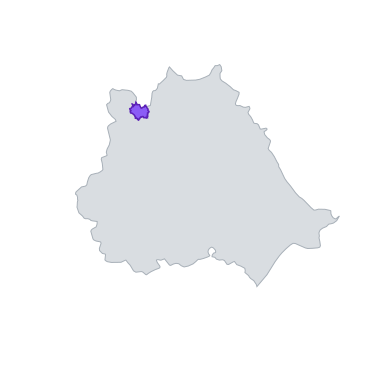 Krasnapolle, Mogilev, Belarus shown in context, rotated 225°
{"feature_id": "67162791B52564132020414", "entity_name": "Krasnapolle", "entity_type": "district", "adm_level": 2, "iso_a3": "BLR", "parent_name": "Belarus", "parent_adm1": "Mogilev", "projection": "orthographic", "projection_center": [31.401, 53.272], "detail": "fine", "context": "in_parent", "style": "filled", "palette": "violet", "viewbox_px": 384, "rotation_deg": 225, "n_neighbors": 0, "source": "geoboundaries", "source_scale": "gbopen_adm2", "svg_char_len": 6646}
<svg xmlns="http://www.w3.org/2000/svg" viewBox="0 0 384 384"><g transform="rotate(225 192 192)"><path d="M296.4,264.5L291.2,264.2L284.9,264.4L281.4,266.8L277.6,265.6L274.9,267.0L268.6,273.7L266.2,277.2L263.8,282.8L262.4,286.9L263.1,289.8L264.2,292.5L264.5,295.4L265.0,297.7L263.4,299.3L262.5,301.7L259.9,301.2L256.7,298.9L256.0,295.6L253.6,293.3L252.0,292.0L249.3,291.8L245.0,292.8L239.3,293.5L235.0,293.6L232.7,294.7L229.2,295.8L227.9,294.4L226.2,290.6L224.7,286.8L223.7,285.1L222.8,284.6L221.6,284.7L220.3,285.8L219.3,287.0L215.7,288.3L214.1,289.6L212.2,292.9L211.1,292.6L209.9,291.8L208.7,287.9L206.9,287.0L203.9,286.8L200.3,285.8L197.3,284.5L196.2,284.8L194.4,286.3L192.5,286.5L188.3,284.8L187.5,285.4L184.8,289.5L183.7,289.7L183.1,289.1L183.6,285.5L181.2,284.0L177.1,283.6L174.2,284.0L172.8,283.7L172.1,283.0L168.9,276.6L167.1,276.1L163.7,276.2L158.8,275.2L153.2,273.4L150.2,272.7L148.6,271.2L145.2,270.4L136.0,267.1L132.2,266.4L126.6,265.9L118.1,264.6L112.6,264.4L109.9,265.1L107.0,265.3L96.7,265.1L93.0,265.4L91.9,266.6L90.4,269.3L85.7,273.8L81.3,276.6L80.5,276.8L78.3,274.8L76.4,274.0L74.1,273.6L72.4,274.0L71.2,274.7L71.0,278.5L70.7,278.8L69.4,274.1L70.0,270.1L71.2,267.9L72.6,265.9L72.5,262.7L74.1,258.7L74.5,255.8L74.1,254.4L73.3,252.8L70.8,250.9L69.8,249.4L66.5,247.3L63.2,244.8L62.7,243.4L63.0,242.5L63.8,241.2L66.9,237.5L70.2,233.9L72.3,232.6L82.6,228.6L84.3,227.1L85.0,224.1L85.4,218.2L85.4,212.6L85.1,208.8L84.0,201.6L80.5,186.5L79.2,171.0L81.1,172.1L85.6,173.0L89.3,172.3L91.2,172.4L92.8,172.9L97.7,172.5L98.7,174.0L100.7,175.4L105.1,174.1L109.0,172.3L112.8,172.9L113.4,171.9L114.9,166.6L116.1,165.6L120.7,166.5L122.5,165.7L124.5,163.2L127.3,161.8L129.6,162.0L132.1,160.4L133.1,161.7L133.5,164.0L132.6,165.7L132.8,166.4L134.4,167.4L137.2,167.6L139.0,167.0L139.5,166.0L139.7,164.2L139.4,162.5L138.3,160.9L136.2,159.9L134.6,159.8L134.4,158.8L135.1,156.9L136.8,153.3L138.7,150.0L139.9,148.9L140.1,147.7L140.1,145.7L140.4,142.0L142.3,137.0L144.6,133.4L147.4,132.3L150.7,131.9L152.9,130.2L154.1,128.2L155.2,125.0L156.3,124.4L164.2,125.3L165.6,122.1L166.3,121.3L167.9,120.4L169.0,119.3L168.7,118.4L166.7,117.6L162.1,116.8L161.2,115.7L161.6,114.4L163.1,111.1L164.6,106.8L165.4,103.4L165.6,101.4L166.3,100.9L170.2,100.6L171.5,100.0L175.0,95.6L177.6,94.9L183.9,96.5L186.9,96.6L190.6,97.1L190.9,96.6L192.5,92.1L199.2,85.2L202.7,82.8L204.9,82.3L205.6,82.5L208.8,86.5L209.6,86.7L211.9,85.2L215.9,85.2L217.6,86.6L220.0,91.4L221.3,92.1L225.2,89.5L227.4,88.7L228.8,88.8L235.8,92.7L236.3,93.9L236.3,95.3L235.1,99.6L236.5,102.3L238.2,104.1L242.0,101.2L243.4,100.4L244.9,100.4L246.9,99.4L248.4,97.8L249.8,97.2L252.4,97.6L257.2,97.3L262.7,100.0L263.2,100.8L266.0,103.9L266.9,105.5L267.8,105.9L269.3,107.4L271.3,108.4L272.7,108.1L273.3,108.6L274.0,109.8L274.0,111.8L273.7,117.5L271.7,120.5L271.4,121.5L271.5,122.8L273.1,125.2L275.1,129.1L275.6,131.3L275.6,133.0L272.7,137.8L271.8,139.0L271.1,141.4L270.7,143.8L270.9,144.9L275.7,148.8L279.2,150.9L280.0,152.0L280.1,152.6L278.2,156.8L278.0,157.9L280.8,159.6L282.4,162.4L283.8,166.8L286.5,171.1L296.7,177.3L297.6,178.4L297.9,179.8L297.6,182.7L295.7,188.3L297.5,189.1L302.0,188.8L307.5,189.5L314.1,193.3L314.2,195.1L313.5,196.7L314.0,198.4L314.7,199.8L320.5,204.2L321.1,205.4L321.3,207.6L321.1,209.1L319.5,209.5L317.8,210.3L314.9,212.2L313.8,214.9L309.2,218.6L306.3,220.3L304.0,220.4L298.4,219.7L296.5,217.9L295.7,216.2L293.6,215.5L290.7,215.4L286.9,215.7L286.1,216.2L285.4,218.3L283.8,221.7L282.6,223.7L287.5,230.6L290.0,233.5L290.8,235.2L290.8,236.4L289.6,237.9L289.8,240.8L292.3,244.7L291.4,245.3L291.2,250.1L291.2,255.1L291.9,256.3L293.2,257.4L294.3,259.2L296.2,263.4L296.4,264.5Z" fill="#d9dde1" stroke="#a8b0b8" stroke-width="1"/><path d="M286.1,220.6L286.3,220.2L286.5,220.0L286.6,219.7L286.1,219.5L285.8,219.1L285.8,218.6L286.1,218.4L286.4,218.0L286.5,217.7L286.5,217.4L286.7,217.1L286.8,216.6L286.8,216.3L286.8,215.8L287.0,215.6L287.2,215.4L287.9,215.4L288.4,215.7L289.2,215.9L290.0,216.2L290.5,216.5L290.9,216.6L291.4,216.2L291.6,216.0L291.9,215.6L292.2,215.3L292.5,214.9L292.7,214.7L293.0,214.9L293.6,215.3L294.3,215.6L295.1,215.8L294.9,215.4L294.7,215.1L294.5,214.9L294.2,214.6L294.1,214.3L294.1,214.0L294.1,213.6L294.2,213.3L294.3,213.2L294.1,212.9L293.9,212.9L293.8,212.7L293.9,212.4L294.0,212.3L294.3,212.2L294.5,212.2L294.8,212.2L295.1,212.2L295.4,212.1L295.7,212.1L296.0,212.1L296.4,212.0L296.5,212.0L296.6,211.9L296.4,211.8L296.2,211.7L295.6,211.5L295.4,211.4L295.1,211.3L294.9,211.2L294.6,211.2L294.4,211.1L294.1,211.1L293.9,210.9L293.9,210.7L294.0,210.6L294.4,210.4L294.5,210.3L294.6,210.2L294.6,209.9L294.5,209.7L294.5,209.3L294.5,209.1L294.4,208.9L294.3,208.7L294.3,208.4L294.3,208.1L294.4,207.9L294.5,207.6L294.6,207.4L294.9,207.1L294.9,206.9L294.6,206.8L294.6,206.7L294.4,206.6L294.0,206.4L293.9,206.3L293.6,206.2L293.4,206.3L293.2,206.3L292.9,206.5L292.7,206.4L292.6,206.2L292.6,205.9L292.6,205.7L292.7,205.4L292.6,205.2L292.3,205.0L292.2,205.0L292.0,204.9L291.9,204.8L291.7,204.7L291.4,204.5L291.2,204.5L290.9,204.7L290.7,204.9L290.5,205.1L290.4,205.2L290.2,205.3L289.9,205.3L289.7,205.3L289.2,205.4L288.7,205.5L288.3,205.5L288.0,205.5L287.8,205.5L287.7,205.6L287.4,205.6L287.2,205.6L286.9,205.5L286.6,205.5L286.3,205.4L286.2,205.3L286.0,205.2L285.9,205.1L285.7,205.0L285.4,205.0L285.1,205.0L284.9,205.1L284.6,205.0L284.5,204.9L284.4,204.8L284.4,204.7L284.4,204.3L284.4,204.2L284.2,204.1L283.9,204.3L283.8,204.6L283.7,204.7L283.6,204.9L283.4,205.0L283.0,205.0L282.7,205.1L282.5,205.3L282.3,205.4L282.1,205.3L282.0,205.2L281.9,205.0L281.9,204.9L281.6,204.9L281.3,204.9L281.0,204.9L280.8,204.9L280.6,205.0L280.6,205.4L280.6,205.5L280.9,205.9L280.9,206.1L280.9,206.4L280.8,206.6L280.8,206.9L280.8,207.1L281.0,207.3L281.2,207.6L281.2,207.9L281.2,208.2L281.2,208.3L281.3,208.5L281.3,208.8L281.1,208.9L280.9,209.0L280.6,209.2L280.6,209.3L280.7,209.5L280.8,209.6L280.7,209.8L280.3,210.1L280.2,210.4L280.2,210.6L279.9,210.8L279.7,210.8L279.4,210.7L279.2,210.6L278.9,210.4L278.7,210.4L278.6,210.5L278.4,210.8L278.2,211.0L277.9,211.2L277.7,211.2L277.5,211.3L277.5,211.5L277.5,211.9L277.4,212.2L277.2,212.2L276.8,212.2L276.5,212.2L276.4,212.2L276.4,212.3L276.3,212.5L276.1,212.8L276.0,213.0L276.4,213.1L276.7,213.3L277.0,213.5L276.9,213.9L276.8,214.2L276.9,214.5L277.3,214.5L277.7,214.5L278.0,214.6L278.1,214.9L278.0,215.3L278.1,215.5L278.4,215.5L278.7,215.8L278.6,216.0L278.6,216.3L278.9,216.4L279.3,216.5L279.2,217.3L279.0,217.7L279.0,218.1L279.2,218.4L279.4,218.6L279.7,218.6L279.8,218.6L280.4,218.5L280.8,218.5L281.1,218.6L281.3,219.0L281.6,219.5L282.5,219.6L283.5,219.7L284.3,220.0L285.0,220.1L285.7,220.4L286.1,220.6Z" fill="#8b5cf6" stroke="#5b21b6" stroke-width="1.5"/></g></svg>